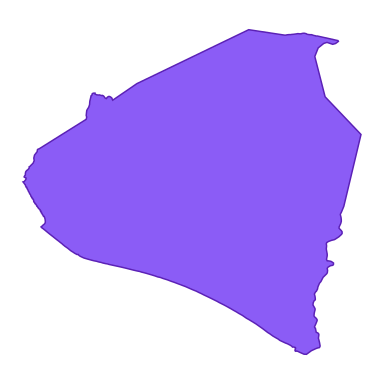 Santa María Colotepec, Oaxaca, Mexico
{"feature_id": "50627088B92566493153794", "entity_name": "Santa María Colotepec", "entity_type": "district", "adm_level": 2, "iso_a3": "MEX", "parent_name": "Mexico", "parent_adm1": "Oaxaca", "projection": "albers", "projection_center": [-96.986, 15.853], "detail": "fine", "context": "isolated", "style": "filled", "palette": "violet", "viewbox_px": 384, "rotation_deg": 0, "n_neighbors": 0, "source": "geoboundaries", "source_scale": "gbopen_adm2", "svg_char_len": 5479}
<svg xmlns="http://www.w3.org/2000/svg" viewBox="0 0 384 384"><path d="M361.0,134.5L325.1,96.8L314.8,56.5L318.2,47.9L323.8,43.4L327.0,42.4L332.7,44.3L335.6,43.5L338.4,41.4L338.0,40.6L317.3,36.0L315.8,36.0L315.5,35.8L314.8,35.6L314.0,35.5L313.1,35.2L311.7,34.7L310.7,34.7L309.2,34.6L307.7,34.4L306.9,34.2L306.6,33.9L305.9,33.6L304.1,33.2L303.1,33.3L302.1,33.4L301.4,33.7L300.5,33.8L299.6,33.8L298.6,33.7L297.8,33.6L296.9,33.8L295.5,34.0L293.3,34.3L291.8,34.4L290.7,34.6L289.0,34.6L287.2,34.8L285.2,35.2L284.5,35.1L248.7,29.7L136.9,83.6L112.7,100.2L112.2,99.1L112.1,98.6L111.9,98.1L111.2,97.4L110.6,97.1L110.1,96.7L109.5,96.5L108.9,96.4L108.2,96.7L107.5,97.1L106.9,97.7L106.5,98.5L106.2,98.6L105.8,98.4L105.4,98.2L104.9,97.8L104.4,97.0L103.5,95.9L103.0,95.7L102.5,95.4L102.1,95.5L101.4,95.5L100.8,95.3L99.3,94.9L98.9,95.0L98.3,95.0L96.6,94.8L96.2,94.6L95.0,94.0L95.1,93.2L94.4,93.1L93.8,93.1L92.5,93.5L92.1,94.0L92.1,94.5L91.6,95.6L90.9,96.0L90.9,96.7L90.9,97.1L90.6,97.8L90.3,99.3L90.1,99.9L90.1,100.5L89.8,101.0L89.8,101.8L89.7,102.3L89.6,104.4L89.3,105.5L88.7,107.2L88.3,107.9L87.9,108.5L87.2,109.6L86.7,110.7L86.2,115.5L86.7,117.1L86.2,119.3L39.3,148.7L37.8,149.3L37.4,149.8L37.2,151.6L34.5,155.1L33.8,158.1L34.2,160.8L33.9,161.2L33.2,163.0L31.4,164.9L30.9,165.3L30.4,165.9L29.9,166.4L29.7,166.6L29.1,166.9L29.2,167.4L29.2,167.6L29.2,167.9L28.9,168.3L28.8,168.6L28.1,169.4L27.7,169.8L27.4,170.1L27.2,170.2L26.9,170.3L26.7,170.5L25.9,171.5L25.6,172.1L25.4,173.5L25.3,173.9L25.4,174.8L25.3,175.1L24.8,175.6L24.7,175.8L24.2,176.6L24.1,176.9L24.2,177.1L24.4,177.3L24.8,177.4L25.1,177.6L25.6,177.6L25.8,177.7L25.8,178.0L26.0,178.1L26.1,178.5L26.0,178.9L25.8,179.2L25.8,179.6L24.2,181.5L23.0,181.9L23.4,182.4L23.5,182.5L24.4,183.7L24.8,184.3L25.3,184.8L25.4,185.0L25.5,185.8L25.8,186.3L26.1,186.7L26.2,186.9L26.2,187.1L26.5,187.1L26.5,187.3L26.6,187.5L26.8,187.7L26.8,188.0L27.1,188.2L27.2,188.6L27.4,188.9L27.4,189.2L27.5,189.4L27.7,189.5L28.0,190.2L28.2,190.5L28.2,190.8L28.3,191.0L28.5,191.4L28.6,191.7L28.9,191.9L29.0,192.1L29.3,192.7L29.4,192.9L29.4,193.0L29.5,193.3L29.6,193.8L29.9,194.0L30.2,194.3L30.7,195.3L30.8,195.6L30.8,195.9L31.0,196.3L31.2,196.5L31.5,196.7L31.7,197.2L31.6,197.4L31.6,197.5L32.0,198.0L32.3,198.2L32.5,198.2L32.6,198.4L32.4,198.3L32.5,198.8L33.0,199.1L33.2,199.6L33.6,200.0L33.7,201.0L33.7,201.4L33.8,201.9L34.5,202.3L34.6,202.5L34.7,202.8L34.8,203.1L35.0,203.3L35.0,203.5L35.3,203.6L35.2,203.8L35.5,204.1L35.8,204.3L36.2,204.7L36.2,204.9L36.3,205.0L36.5,205.3L36.6,205.5L36.8,206.1L37.0,206.1L37.0,206.3L37.4,206.5L37.6,206.9L37.6,207.1L37.8,207.3L38.0,207.5L38.3,207.7L38.3,208.0L38.4,208.3L38.6,208.6L39.1,208.8L39.3,209.0L40.2,209.9L40.2,210.1L40.1,210.4L40.2,210.6L40.5,210.5L40.7,210.8L40.6,211.0L40.6,211.3L40.7,211.6L40.9,211.6L41.0,211.9L41.4,212.1L41.5,212.4L41.4,212.9L41.9,213.3L42.4,214.5L42.7,214.9L42.9,215.0L43.0,215.1L43.1,215.4L43.4,216.1L43.5,216.4L44.2,216.4L44.9,218.5L45.1,219.3L45.1,219.6L45.3,221.0L45.3,221.6L45.3,222.4L44.7,223.7L43.6,224.7L43.0,225.1L42.4,225.8L41.0,226.9L41.1,227.1L41.8,227.5L42.1,228.1L42.7,228.4L43.5,229.0L44.2,229.6L45.0,230.2L46.3,231.3L49.6,234.0L50.5,234.7L52.0,235.9L52.6,236.3L53.3,236.9L54.8,238.1L56.8,239.7L58.8,241.2L60.6,242.7L61.2,243.1L61.8,243.6L62.4,244.1L63.1,244.8L63.9,245.4L64.8,246.2L67.7,248.2L70.6,250.6L71.8,251.4L73.3,252.3L74.4,253.1L77.0,254.5L77.5,254.5L78.0,254.4L78.3,254.5L78.4,254.8L78.9,255.3L79.9,256.1L81.5,256.9L83.9,258.0L87.3,259.0L92.0,260.3L94.0,260.8L96.6,261.3L98.5,261.9L101.4,262.5L102.4,262.9L105.9,263.7L107.4,263.9L108.9,264.4L121.3,267.1L125.9,268.2L133.4,270.1L136.8,270.9L139.8,271.5L141.5,272.1L143.6,272.6L146.2,273.3L152.0,275.0L154.9,275.9L157.7,276.9L160.5,277.5L162.8,278.4L167.3,279.8L171.5,281.4L173.9,282.2L178.9,284.1L185.8,286.7L191.9,289.4L194.3,290.4L196.1,291.1L199.1,292.6L201.1,293.5L204.0,295.0L208.7,297.2L217.2,301.4L219.1,302.5L221.9,303.9L223.9,304.9L231.0,308.8L233.7,310.4L236.4,311.9L238.8,313.4L242.4,315.4L246.4,318.2L249.1,319.7L256.1,324.0L258.2,325.5L262.6,328.6L267.7,332.5L269.8,333.8L272.0,335.4L273.4,336.4L278.2,339.1L279.7,340.3L280.7,340.8L285.6,343.1L287.3,343.7L290.4,345.3L291.9,346.3L292.2,346.8L292.5,347.1L293.9,347.0L294.3,347.2L294.7,347.6L295.3,347.5L295.6,348.0L295.5,348.7L295.1,349.7L295.3,350.0L295.0,350.2L295.0,350.5L295.2,350.9L295.4,351.2L295.8,351.1L296.1,351.0L296.6,351.2L297.7,351.3L299.7,352.3L304.0,354.2L306.5,354.3L311.4,350.7L315.9,348.6L318.1,347.8L319.0,347.8L319.4,347.5L319.9,346.8L320.1,345.9L319.5,342.4L318.9,340.0L318.4,338.2L318.9,334.7L318.5,333.5L317.7,332.9L316.2,332.2L315.4,328.1L314.7,327.7L314.5,326.8L315.7,324.2L317.0,321.0L317.2,320.0L316.6,318.8L315.7,317.8L314.3,316.6L314.0,315.6L314.2,313.4L314.6,311.6L315.1,309.7L315.0,308.5L313.0,305.0L313.2,302.8L314.1,300.8L314.8,300.3L315.3,299.7L315.3,298.6L315.0,296.3L314.4,294.0L315.5,292.0L316.4,291.2L317.5,289.1L317.9,286.9L319.5,283.2L320.9,281.6L323.1,277.3L326.6,273.9L327.3,272.8L327.6,270.5L327.2,268.3L328.1,267.1L330.5,265.7L332.8,265.3L333.5,264.4L333.5,263.0L332.1,262.0L330.9,261.3L328.7,260.9L327.2,260.8L326.5,259.4L327.2,255.8L327.2,254.1L326.4,249.7L326.3,248.7L326.5,247.0L326.6,245.8L326.3,243.9L326.7,242.6L328.6,241.4L331.7,240.3L334.2,239.7L334.9,239.4L338.9,236.8L341.5,234.4L342.1,233.5L342.1,231.8L341.3,230.6L339.1,228.3L339.1,227.0L340.7,223.6L341.3,221.4L341.3,219.8L341.0,217.3L340.3,214.5L340.5,213.9L341.4,212.2L343.8,206.4L361.0,134.5Z" fill="#8b5cf6" stroke="#5b21b6" stroke-width="1.5"/></svg>